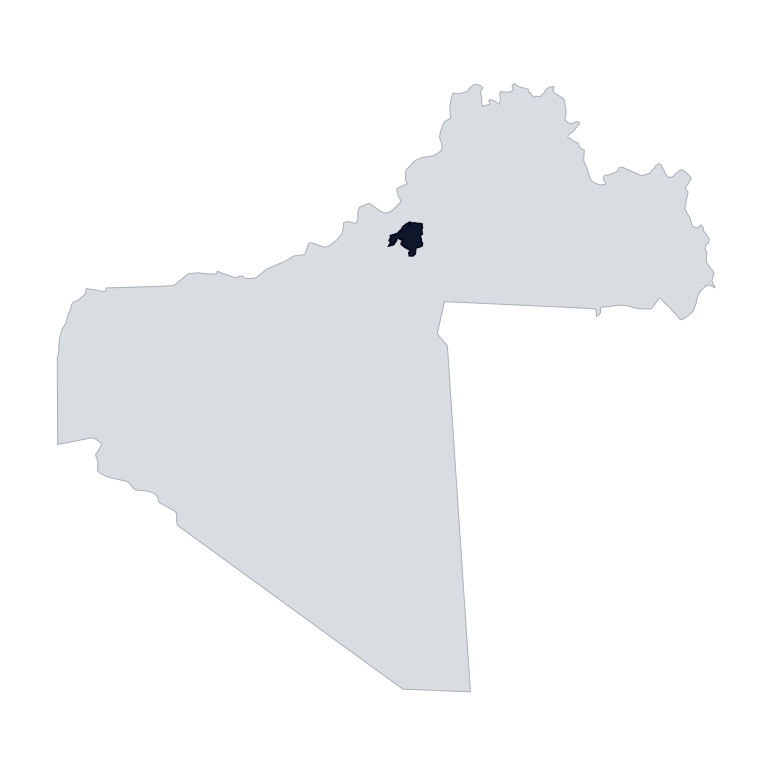 Djenne, Mopti, Mali shown in context, rotated 182°
{"feature_id": "8926073B86660589431001", "entity_name": "Djenne", "entity_type": "district", "adm_level": 2, "iso_a3": "MLI", "parent_name": "Mali", "parent_adm1": "Mopti", "projection": "albers", "projection_center": [-4.481, 14.012], "detail": "fine", "context": "in_parent", "style": "filled", "palette": "ink", "viewbox_px": 768, "rotation_deg": 182, "n_neighbors": 0, "source": "geoboundaries", "source_scale": "gbopen_adm2", "svg_char_len": 5750}
<svg xmlns="http://www.w3.org/2000/svg" viewBox="0 0 768 768"><g transform="rotate(182 384 384)"><path d="M89.1,592.0L89.5,588.9L86.9,586.6L86.9,585.6L88.6,576.6L88.5,574.3L89.7,569.8L88.0,567.7L87.7,566.2L83.7,560.2L82.5,555.2L80.4,551.9L75.5,550.7L73.6,553.4L72.5,553.9L70.7,551.8L70.1,550.1L70.1,548.5L64.0,540.5L64.5,536.4L67.0,534.2L68.0,530.7L65.8,526.5L66.3,522.5L66.1,516.9L62.5,512.0L60.1,509.7L58.1,506.3L60.0,498.5L56.5,491.8L63.4,494.6L66.8,492.3L70.1,489.0L73.0,484.6L74.4,479.1L75.1,474.4L78.0,467.0L81.5,463.6L88.5,458.6L90.4,459.1L101.4,470.5L107.7,476.2L110.0,479.3L112.1,479.3L115.4,474.0L118.9,469.4L120.3,468.3L131.6,468.0L137.6,469.1L142.8,470.5L150.3,471.1L170.0,468.1L170.3,465.9L170.1,463.2L171.0,461.3L172.6,459.5L174.0,459.1L174.5,465.4L176.1,466.3L180.8,466.7L326.4,468.5L332.6,436.1L322.0,424.3L286.9,79.4L354.4,79.7L366.0,87.4L585.6,235.6L586.7,240.4L586.6,247.2L588.3,249.2L591.6,251.3L604.2,257.5L605.2,258.7L605.7,261.4L607.3,264.7L609.9,266.5L613.1,267.8L616.8,268.7L628.2,269.4L630.6,270.9L635.7,276.8L638.3,277.9L653.7,280.7L658.7,282.1L664.1,284.7L667.1,287.1L667.3,296.5L669.6,302.5L669.6,304.1L667.3,306.7L666.7,308.5L664.1,313.4L664.7,315.3L670.2,318.8L672.8,319.8L675.9,319.7L708.0,312.2L711.5,400.4L710.3,401.8L710.0,417.5L708.0,426.9L704.0,433.8L701.7,444.1L700.2,446.1L699.2,452.0L696.9,455.4L692.7,456.9L685.4,463.7L684.9,469.0L667.2,466.6L666.0,466.8L665.3,467.5L665.0,470.3L619.6,473.2L597.4,475.0L583.6,487.3L574.6,488.6L563.2,487.8L557.3,487.9L555.0,488.6L554.6,490.8L536.5,485.0L529.7,487.1L528.7,486.5L527.8,485.2L524.5,484.5L519.3,484.9L515.6,485.9L504.2,495.5L498.0,497.9L486.6,503.7L478.6,508.6L475.7,509.6L471.3,509.8L467.5,510.9L464.3,521.7L462.1,522.8L448.3,518.6L445.5,519.3L443.1,520.6L435.5,527.0L431.7,532.1L429.7,538.8L430.1,543.3L428.7,544.5L425.2,544.9L418.8,543.6L416.8,544.2L415.9,547.5L416.1,554.8L414.7,559.8L410.9,561.3L408.0,563.3L405.7,563.9L403.8,563.4L392.6,556.0L388.8,554.9L384.7,555.7L380.7,558.8L373.5,566.6L374.3,569.3L376.3,572.5L377.7,576.4L377.6,580.0L367.4,585.0L369.8,588.7L369.5,598.8L364.8,603.4L363.1,606.3L358.6,609.6L354.6,611.4L342.2,614.0L337.2,617.2L334.8,619.7L334.2,622.5L334.7,625.7L337.1,632.3L336.3,638.4L334.3,645.4L332.3,648.5L326.5,652.1L327.4,656.6L327.8,663.2L326.9,671.7L325.1,677.4L323.7,676.8L318.1,677.1L312.0,678.9L309.9,680.3L309.4,682.2L304.2,686.8L300.9,686.5L297.6,685.2L296.0,684.0L295.8,683.3L297.8,679.6L297.9,678.3L296.0,671.8L296.4,670.2L295.6,665.2L295.2,665.0L288.5,667.1L288.2,668.0L289.2,671.2L288.5,671.7L286.1,671.6L282.8,670.5L279.2,667.6L278.3,668.6L277.9,670.8L277.6,673.6L278.5,678.5L277.5,680.3L271.8,679.9L267.0,680.4L265.8,682.2L265.3,684.1L266.4,686.3L266.2,687.3L264.2,688.6L263.3,688.5L260.7,686.1L250.2,683.7L249.4,680.3L248.2,680.3L244.8,676.2L243.4,676.3L242.2,676.9L238.2,676.6L234.6,680.1L231.9,684.4L229.0,686.4L224.7,687.3L225.4,684.6L224.1,680.7L215.0,675.8L213.6,673.8L211.5,662.9L211.6,659.8L212.3,656.9L212.1,654.7L211.1,653.0L208.4,651.3L205.6,650.5L201.9,652.6L200.2,653.0L198.6,652.8L197.8,652.0L197.9,650.9L201.9,645.2L203.9,642.8L207.8,640.0L208.8,638.6L208.9,637.5L208.5,636.7L206.0,635.6L202.1,632.8L200.0,632.4L198.2,631.2L196.4,626.9L195.5,626.1L193.7,625.6L192.0,624.6L192.3,614.3L188.6,606.5L185.4,596.7L183.6,594.3L180.5,592.3L176.7,590.9L173.4,590.5L169.5,591.5L169.5,592.4L171.6,595.6L171.9,597.4L171.6,599.0L170.8,600.1L165.6,601.1L158.6,604.5L156.2,608.6L154.7,609.1L152.0,608.5L133.8,601.1L126.0,603.9L120.9,609.9L119.7,611.9L117.3,613.6L116.0,613.6L114.6,612.4L109.5,603.0L107.3,600.7L104.4,600.5L101.9,602.0L99.2,605.0L95.9,607.8L93.8,608.6L92.1,608.1L84.7,601.6L84.3,600.3L87.9,593.0L89.1,592.0Z" fill="#d9dde1" stroke="#a8b0b8" stroke-width="1"/><path d="M384.2,522.0L379.5,523.4L379.4,523.6L379.2,523.8L379.0,524.0L378.9,524.0L378.7,524.1L378.6,524.3L378.4,524.5L378.6,524.7L378.8,524.8L378.8,525.1L378.8,525.3L378.8,525.5L378.7,525.5L378.4,525.6L378.2,525.7L377.8,525.9L377.7,526.0L377.5,526.4L377.4,526.5L377.2,526.8L376.9,527.1L376.6,527.2L376.6,527.3L376.5,527.7L376.4,528.0L376.5,528.4L376.5,528.5L376.7,529.0L376.8,529.4L376.5,529.5L374.1,530.2L373.4,529.5L372.6,528.8L370.1,528.9L369.9,528.5L371.1,526.8L371.5,526.2L371.8,524.1L367.1,520.7L366.8,520.9L366.7,521.0L366.3,520.9L366.2,520.9L365.8,520.7L365.7,520.5L365.6,520.4L365.3,519.9L365.1,519.8L364.9,519.7L364.5,519.5L364.1,519.4L363.3,519.3L363.2,519.4L362.9,519.3L362.8,519.1L362.8,518.9L362.5,518.9L362.3,517.8L362.7,517.2L363.6,516.7L363.7,516.2L363.8,515.9L363.8,515.4L363.4,515.2L363.3,513.0L359.5,512.9L357.3,515.2L357.0,519.1L356.9,520.3L357.0,520.3L356.9,521.4L356.6,521.4L356.2,521.3L355.9,521.3L355.6,521.4L355.3,521.5L355.0,521.6L354.4,521.9L353.7,522.1L353.4,522.1L353.2,522.1L352.8,522.2L352.1,522.7L351.4,523.2L350.9,523.2L350.7,523.3L350.4,525.9L351.4,527.7L351.9,528.5L351.8,529.1L351.9,530.8L352.5,531.6L352.9,533.3L350.8,535.5L351.3,536.4L351.3,537.6L351.9,539.5L351.0,541.1L350.9,541.7L351.5,543.0L351.5,545.3L352.4,545.5L353.2,545.6L354.7,545.8L355.8,545.5L357.3,545.9L359.1,546.1L359.8,546.0L360.1,545.8L360.3,545.9L360.6,545.7L360.8,545.7L361.1,545.7L361.3,545.8L361.4,546.0L361.6,545.9L362.4,545.9L363.0,545.6L363.2,545.0L363.4,544.4L363.8,544.0L364.4,543.8L364.2,544.4L363.5,546.6L364.6,546.4L367.0,544.8L367.4,544.5L368.2,544.2L368.8,543.3L370.2,542.4L371.6,540.3L371.7,539.7L372.1,538.9L372.6,538.4L373.5,537.8L373.5,537.5L373.5,537.3L373.7,537.0L374.0,536.9L374.4,536.9L374.7,536.8L374.7,536.6L374.5,536.1L374.4,535.9L374.4,535.6L374.6,535.4L375.3,535.4L375.8,535.1L379.9,533.5L382.1,532.9L382.9,532.5L382.6,531.6L382.5,530.7L382.8,530.0L383.8,527.8L383.8,527.3L382.8,525.8L382.5,525.1L382.7,524.3L383.5,523.6L383.9,522.7L384.2,522.0Z" fill="#0f172a" stroke="#020617" stroke-width="1.5"/></g></svg>